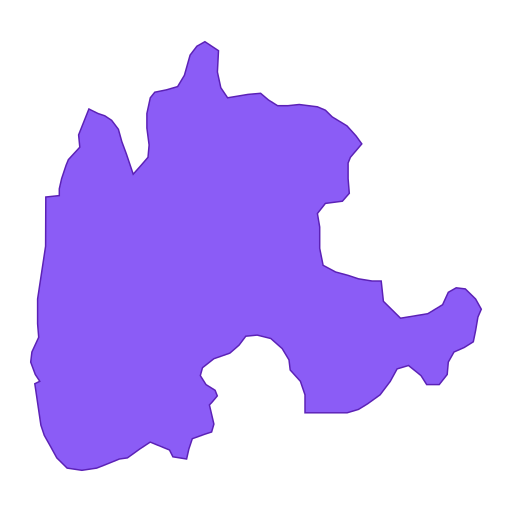 Wonju-si, Gangwon, South Korea (Natural Earth projection)
{"feature_id": "91817680B41990583973423", "entity_name": "Wonju-si", "entity_type": "district", "adm_level": 2, "iso_a3": "KOR", "parent_name": "South Korea", "parent_adm1": "Gangwon", "projection": "natural_earth1", "projection_center": [127.964, 37.315], "detail": "fine", "context": "isolated", "style": "filled", "palette": "violet", "viewbox_px": 512, "rotation_deg": 0, "n_neighbors": 0, "source": "geoboundaries", "source_scale": "gbopen_adm2", "svg_char_len": 1723}
<svg xmlns="http://www.w3.org/2000/svg" viewBox="0 0 512 512"><path d="M88.9,109.0L78.6,134.9L79.8,147.2L68.4,159.6L66.1,165.2L61.6,178.7L59.3,188.8L59.3,195.6L45.8,197.0L45.6,246.2L37.6,299.0L37.6,323.8L38.7,337.3L31.9,352.0L30.7,362.1L35.3,374.5L39.8,381.3L34.8,383.7L40.9,425.2L44.3,435.4L50.0,445.5L56.8,457.9L67.1,468.1L81.9,470.3L96.7,468.1L108.1,463.6L119.4,459.0L127.4,457.9L139.9,448.9L150.2,442.1L169.5,450.0L172.9,456.8L186.6,459.0L188.9,448.9L192.3,438.7L204.8,434.2L211.6,432.0L213.9,424.1L209.4,404.9L211.6,402.7L217.3,395.9L215.1,390.3L206.0,384.6L200.3,375.6L202.5,367.7L213.9,358.7L229.9,353.1L239.0,345.2L245.8,336.2L257.2,335.1L270.8,338.5L282.2,348.6L289.0,359.9L290.2,370.0L300.4,381.3L305.0,394.8L305.0,412.8L347.1,412.8L358.5,409.4L367.6,403.8L380.1,394.8L390.3,381.3L397.1,368.9L408.5,365.5L421.0,375.6L426.7,384.6L439.2,384.6L447.2,374.5L448.3,362.1L454.0,352.0L464.2,347.5L473.3,341.8L475.6,330.6L477.9,317.1L481.3,309.2L475.6,299.0L465.3,288.9L456.2,287.8L448.3,292.3L442.6,304.7L427.8,313.7L400.5,318.2L383.4,301.3L381.2,281.0L372.0,281.0L358.4,278.8L348.2,275.4L335.6,272.0L323.1,265.3L319.7,248.4L319.7,227.0L317.4,213.5L325.4,203.4L342.4,201.2L349.3,193.3L348.1,178.7L348.1,163.0L350.4,157.3L361.8,143.9L356.1,136.0L347.0,125.9L332.2,116.9L325.4,110.2L317.4,106.8L299.2,104.5L287.8,105.7L277.6,105.7L268.5,100.0L260.6,93.3L248.0,94.4L227.6,97.8L220.8,87.7L217.4,72.0L218.5,50.7L204.9,41.7L196.9,46.2L190.1,55.1L184.4,75.3L177.6,86.6L166.2,89.9L154.8,92.2L150.3,97.8L146.9,113.5L146.9,128.1L149.1,145.0L148.0,157.3L141.2,165.2L133.2,174.2L129.8,164.1L126.4,154.0L121.8,141.6L118.4,129.3L111.6,120.3L104.8,115.8L98.0,113.5L88.9,109.0Z" fill="#8b5cf6" stroke="#5b21b6" stroke-width="1.5"/></svg>